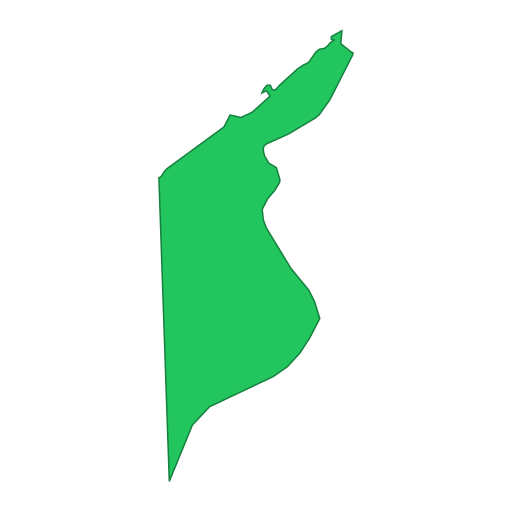 an SVG outline of Al Iskandariyah
{"feature_id": "EGY-1543", "entity_name": "Al Iskandariyah", "entity_type": "Governorate", "adm_level": 1, "iso_a3": "EGY", "parent_name": "Egypt", "parent_adm1": "", "projection": "mercator", "projection_center": [29.899, 30.835], "detail": "fine", "context": "isolated", "style": "filled", "palette": "green", "viewbox_px": 512, "rotation_deg": 0, "n_neighbors": 0, "source": "natural_earth", "source_scale": "10m", "svg_char_len": 955}
<svg xmlns="http://www.w3.org/2000/svg" viewBox="0 0 512 512"><path d="M158.9,177.7L161.1,176.6L163.9,172.1L166.8,168.8L224.0,126.9L230.1,115.0L240.9,117.5L252.2,112.2L270.1,96.1L266.6,91.0L265.1,91.3L261.9,93.0L264.1,88.4L267.1,85.2L270.2,85.1L272.5,89.9L275.4,89.9L279.8,85.0L297.9,68.6L303.3,65.1L308.4,62.6L316.1,51.8L319.3,49.3L324.6,48.3L327.7,45.8L330.3,42.7L334.0,40.0L332.7,39.5L331.7,39.5L331.1,38.9L331.3,36.6L341.9,30.7L340.8,43.7L351.8,52.5L353.1,52.9L352.3,55.7L329.8,99.9L319.3,114.6L315.0,118.2L288.6,133.9L266.5,143.9L264.5,145.5L264.0,146.2L263.5,147.8L263.3,149.6L263.8,153.3L264.3,154.7L264.7,156.3L266.2,158.5L268.7,163.1L276.4,167.7L279.9,179.7L279.7,182.3L274.9,190.2L267.8,198.5L262.2,209.4L263.3,219.7L266.2,227.7L291.0,268.5L309.0,290.4L314.5,301.6L319.8,318.5L309.4,338.5L299.7,353.3L287.1,366.9L273.1,376.6L209.6,406.7L192.4,425.0L169.3,481.3L158.9,178.1L158.9,177.7Z" fill="#22c55e" stroke="#15803d" stroke-width="1.5"/></svg>